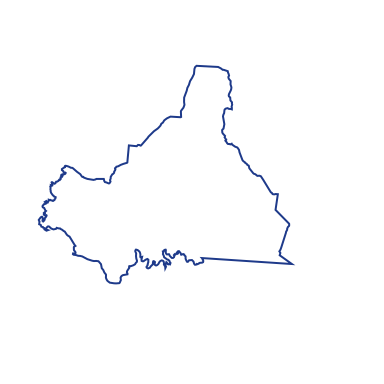 N'Zi, N'zi-Comoé, Ivory Coast (Albers equal-area conic projection), rotated 33°
{"feature_id": "98640826B73875625736421", "entity_name": "N'Zi", "entity_type": "district", "adm_level": 2, "iso_a3": "CIV", "parent_name": "Ivory Coast", "parent_adm1": "N'zi-Comoé", "projection": "albers", "projection_center": [-4.64, 7.021], "detail": "fine", "context": "isolated", "style": "outline", "palette": "blue", "viewbox_px": 384, "rotation_deg": 33, "n_neighbors": 0, "source": "geoboundaries", "source_scale": "gbopen_adm2", "svg_char_len": 5999}
<svg xmlns="http://www.w3.org/2000/svg" viewBox="0 0 384 384"><g transform="rotate(33 192 192)"><path d="M126.0,309.0L126.8,309.1L129.2,308.0L131.3,307.5L132.8,306.6L135.1,305.8L140.9,305.3L145.7,304.0L147.4,303.3L149.2,302.0L151.3,301.0L155.0,302.1L157.9,305.1L160.0,305.7L162.4,307.3L164.6,308.0L165.0,308.3L166.5,310.8L168.2,312.0L169.6,312.6L172.4,312.8L176.2,311.1L178.1,310.0L180.6,308.1L180.8,307.4L180.3,304.6L178.8,302.8L178.6,301.5L178.8,300.5L179.4,299.3L182.7,296.2L182.3,295.5L181.3,295.0L180.8,294.2L180.6,293.1L180.7,289.7L180.1,289.3L179.8,288.3L181.1,287.5L182.7,285.4L183.6,283.6L183.5,282.1L183.8,280.6L183.3,279.6L181.5,278.1L180.0,276.3L178.6,273.9L176.8,272.7L176.3,271.8L176.4,270.8L178.0,270.3L180.4,270.6L181.2,271.1L181.9,271.6L182.8,272.6L184.0,274.6L184.4,274.8L185.5,273.6L186.4,276.1L187.3,277.2L188.3,277.0L189.0,276.5L190.0,274.0L191.0,272.5L192.2,272.5L193.6,274.7L193.8,275.8L194.2,276.4L194.2,276.9L194.7,277.8L194.6,279.5L195.0,280.0L196.0,280.2L196.9,279.9L197.9,278.4L197.9,276.8L198.4,274.6L198.3,273.5L197.4,272.0L197.3,271.0L197.7,270.8L198.9,270.8L199.2,271.1L199.6,272.1L199.2,272.8L199.6,273.1L200.2,273.3L201.6,273.3L202.0,273.1L202.5,272.4L203.0,270.9L202.8,268.2L203.1,267.0L203.9,265.8L205.2,265.5L206.1,265.7L207.5,267.3L207.9,268.1L210.1,269.1L211.1,270.4L210.9,268.9L210.5,268.8L209.3,267.2L208.7,264.8L209.2,264.8L210.4,265.5L211.1,265.7L211.7,265.5L211.9,265.0L213.0,264.7L212.6,263.2L212.2,263.0L211.3,262.8L210.7,262.1L209.1,261.7L208.3,262.1L204.2,261.9L203.0,260.8L201.4,259.9L200.9,258.7L199.9,257.7L200.5,257.0L200.4,255.6L201.3,254.7L201.7,254.9L202.9,257.1L203.9,257.8L205.0,258.0L206.3,256.9L206.8,256.7L208.0,257.6L210.9,258.3L212.0,257.6L212.4,256.5L212.0,255.1L211.2,254.8L211.3,253.8L211.4,253.5L211.8,253.6L212.2,253.4L212.6,252.3L213.5,251.8L213.7,251.2L213.5,250.6L213.2,250.4L212.3,251.4L212.2,251.0L212.6,250.2L212.5,249.5L212.7,249.1L213.4,248.7L216.0,249.6L217.0,250.5L217.4,250.3L217.9,249.4L218.5,248.8L219.4,248.7L219.5,249.0L220.5,249.3L221.7,249.5L223.0,251.5L224.8,252.7L226.0,253.2L226.6,252.7L226.7,250.9L229.0,249.1L231.1,249.5L232.8,251.0L234.1,251.4L235.0,250.7L235.2,249.7L235.9,249.6L236.8,248.1L236.8,247.6L237.1,247.2L239.0,245.7L239.5,244.8L239.1,243.8L238.3,243.0L237.7,242.9L237.0,242.2L236.3,242.0L315.0,198.0L300.0,197.3L299.3,195.0L297.6,194.2L297.6,192.2L297.1,190.0L293.0,175.1L292.6,174.3L292.4,171.9L291.8,170.9L291.5,169.2L291.8,167.9L291.8,167.3L291.0,166.0L290.7,165.7L271.8,161.5L265.2,147.1L263.3,148.1L262.5,149.0L261.3,149.7L260.6,149.8L259.6,149.3L258.3,149.3L257.2,148.8L245.1,143.0L241.2,141.3L239.7,141.6L238.0,142.9L235.5,142.6L233.9,143.0L233.1,142.9L227.2,140.9L225.2,139.0L223.5,139.1L222.6,138.6L220.7,138.6L220.3,138.3L218.3,138.2L217.0,137.8L210.3,132.9L208.5,131.1L206.7,130.3L205.7,130.0L203.5,130.5L199.8,130.4L199.0,129.9L198.2,131.2L197.2,131.4L196.1,132.1L195.0,132.0L194.2,131.5L192.1,130.8L192.3,129.7L192.1,129.3L191.4,129.3L190.0,128.5L189.6,128.4L189.2,127.0L186.1,126.2L185.1,125.7L183.7,123.9L183.5,123.3L183.9,121.7L182.2,117.5L176.8,111.7L176.2,110.0L176.0,108.4L174.6,105.6L174.5,104.8L175.0,103.5L176.2,102.3L177.7,102.2L179.2,101.3L180.4,101.0L179.6,99.7L178.7,98.8L178.1,96.8L177.3,96.1L176.7,95.0L174.4,94.3L172.5,91.9L170.9,91.7L170.2,91.0L169.7,89.8L169.2,85.7L168.8,84.2L168.0,82.7L165.7,80.8L164.0,77.9L161.2,77.0L160.2,76.2L159.8,75.6L159.7,74.2L158.1,72.8L157.1,72.2L156.2,71.2L151.9,72.3L151.2,72.8L148.8,72.6L145.8,72.9L127.1,83.7L126.6,85.6L127.0,87.4L129.4,92.0L129.9,96.0L130.0,100.1L131.1,103.9L131.4,107.2L132.4,109.9L134.0,117.1L136.3,120.8L138.2,123.0L138.9,125.9L138.6,129.8L138.8,130.5L142.0,135.0L141.7,135.5L132.9,140.5L130.9,143.8L130.1,145.9L129.7,147.1L129.8,149.6L129.1,151.5L129.4,153.5L129.1,155.4L128.7,157.4L127.0,161.7L125.3,169.5L125.4,170.3L123.9,180.8L123.5,181.2L122.4,181.2L121.1,181.9L120.7,183.7L113.7,187.3L121.7,202.5L121.6,202.9L119.2,205.7L117.5,208.0L116.1,210.6L114.8,212.0L114.9,212.9L114.5,213.7L114.7,214.4L115.5,214.9L115.7,215.9L115.6,217.2L116.2,218.3L116.0,219.7L115.5,220.6L115.6,223.6L116.4,224.9L116.8,226.7L118.0,227.7L118.0,229.7L117.4,230.2L115.0,230.6L113.6,231.1L112.5,230.6L110.9,229.1L104.7,233.1L104.1,234.2L102.8,235.5L97.1,238.0L93.6,238.8L92.6,238.5L92.0,239.0L91.3,239.0L88.6,237.9L84.6,237.7L79.0,236.9L78.3,237.0L77.3,237.6L74.6,237.9L72.5,238.5L71.5,239.0L71.3,239.5L71.4,239.9L71.8,239.8L72.0,240.3L71.3,241.4L70.4,243.6L71.0,244.5L72.6,244.6L73.3,245.2L74.2,245.2L75.2,244.7L75.7,244.8L75.8,245.6L75.5,246.4L73.9,247.5L73.2,248.5L73.1,249.2L73.5,249.5L74.6,248.9L74.8,250.0L73.8,251.0L74.1,252.1L74.8,252.4L74.6,253.8L74.2,253.7L73.9,254.0L73.8,255.7L73.2,256.8L72.5,257.3L72.4,258.0L72.7,259.1L72.0,260.1L69.5,259.9L69.1,260.1L69.0,260.4L71.2,262.2L71.3,262.6L70.2,263.0L70.5,263.2L70.6,263.7L70.1,264.5L71.1,265.5L71.8,266.9L73.0,268.1L73.2,268.6L74.4,269.5L77.2,270.6L77.9,270.5L78.8,270.9L80.5,270.6L81.0,271.9L80.7,273.3L81.0,273.7L80.3,275.2L79.7,275.4L79.2,275.3L78.4,275.8L77.4,275.8L77.0,276.3L76.0,276.5L76.6,277.6L76.7,279.3L74.7,278.9L74.0,280.5L75.8,280.9L75.8,281.4L74.4,283.0L74.5,283.7L74.2,284.6L74.4,285.4L75.2,286.1L76.7,285.9L79.0,287.3L79.9,287.4L79.3,289.8L80.1,289.8L80.4,290.1L80.4,290.6L79.5,290.7L79.7,291.3L80.6,291.8L82.4,291.1L82.6,290.8L83.0,291.1L83.0,292.0L82.7,292.4L83.1,293.0L82.7,294.4L83.4,295.2L83.6,296.3L83.2,297.8L82.3,297.6L81.5,295.8L80.3,294.6L79.8,294.4L79.3,294.8L78.9,295.8L78.7,298.9L79.4,299.5L80.1,299.7L81.4,302.3L83.1,302.0L84.5,303.1L86.2,302.6L86.7,303.0L87.7,302.7L88.4,303.2L88.6,303.7L91.0,303.7L92.0,302.4L90.0,302.8L89.6,302.8L89.3,302.4L89.7,299.8L90.0,299.2L91.0,298.8L93.9,299.3L96.2,298.8L97.9,297.1L98.1,296.7L98.0,295.8L99.6,295.3L101.4,294.4L101.8,294.6L103.5,294.4L105.6,294.6L106.9,294.5L110.3,296.0L111.8,296.2L113.6,296.1L122.3,300.3L123.6,300.7L122.9,302.2L123.0,302.7L124.3,304.6L124.9,305.2L126.6,305.7L127.3,306.2L127.6,306.9L127.4,307.4L125.7,308.3L126.0,309.0Z" fill="none" stroke="#1e3a8a" stroke-width="2"/></g></svg>